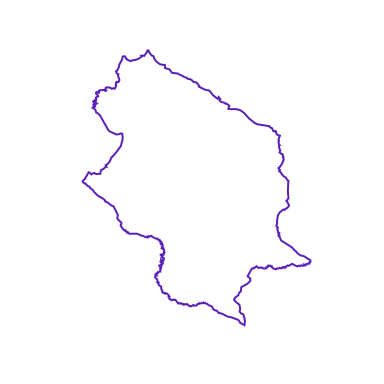 the district of Mueang Nakhon Ratchasima, Nakhon Ratchasima, Thailand, rotated 307°
{"feature_id": "78962969B83988834469907", "entity_name": "Mueang Nakhon Ratchasima", "entity_type": "district", "adm_level": 2, "iso_a3": "THA", "parent_name": "Thailand", "parent_adm1": "Nakhon Ratchasima", "projection": "natural_earth1", "projection_center": [102.052, 14.965], "detail": "fine", "context": "isolated", "style": "outline", "palette": "violet", "viewbox_px": 384, "rotation_deg": 307, "n_neighbors": 0, "source": "geoboundaries", "source_scale": "gbopen_adm2", "svg_char_len": 6022}
<svg xmlns="http://www.w3.org/2000/svg" viewBox="0 0 384 384"><g transform="rotate(307 192 192)"><path d="M278.0,71.2L275.4,71.9L271.8,71.9L271.7,70.9L270.2,69.4L269.8,70.3L266.4,69.2L263.2,67.2L260.9,64.8L259.6,64.3L258.6,60.2L259.1,59.7L259.0,58.4L260.1,57.2L259.4,55.8L258.3,55.2L255.8,56.4L250.0,57.3L247.2,58.6L243.7,59.1L242.7,58.6L241.5,60.4L241.7,62.3L240.4,62.9L237.7,66.7L235.9,67.1L234.9,66.7L234.8,65.6L233.3,65.6L232.0,66.6L231.4,66.7L231.2,67.5L228.8,68.1L227.9,68.0L227.6,66.6L226.5,66.3L226.0,65.7L226.2,64.8L225.5,62.6L224.6,61.7L224.4,61.0L223.1,60.4L221.7,61.1L221.6,62.3L220.6,62.2L220.5,60.1L218.3,58.0L218.1,57.3L216.7,56.7L215.4,58.0L214.9,57.5L214.7,55.9L213.5,55.5L212.6,56.6L212.6,58.3L212.1,59.5L209.6,58.4L208.5,59.8L207.3,59.1L206.5,59.6L205.4,58.6L204.7,58.7L204.6,59.4L206.6,60.6L205.1,61.6L205.3,62.7L203.8,62.0L204.0,61.2L202.9,60.5L202.3,60.7L201.8,61.6L202.6,62.3L202.0,63.2L201.1,62.3L200.5,62.8L199.7,61.8L199.3,62.0L199.7,63.7L199.4,65.5L197.8,67.7L198.1,68.9L198.0,72.0L191.0,88.1L190.9,89.6L192.3,96.7L193.5,98.3L196.2,100.1L196.5,101.2L193.6,104.1L191.8,105.1L185.9,107.5L177.7,107.6L172.1,107.2L171.6,106.8L166.4,108.0L163.3,107.7L161.5,106.9L160.7,108.4L160.5,107.8L157.9,107.6L154.6,106.2L151.3,107.8L148.6,104.4L148.3,102.3L145.5,101.0L145.9,98.4L145.6,97.6L137.3,98.6L136.6,98.2L134.5,98.3L134.0,100.6L134.6,101.5L134.0,105.4L134.5,106.9L133.9,108.5L133.9,111.9L133.1,113.6L132.4,119.1L133.2,124.9L132.9,127.9L132.2,128.4L132.9,131.4L132.7,135.9L133.4,137.8L129.2,146.4L126.0,148.2L125.5,149.6L125.0,154.1L124.0,154.8L122.2,155.1L120.5,160.6L121.5,162.0L120.7,162.5L121.2,164.6L120.6,164.7L121.2,165.6L120.8,166.2L121.2,167.5L125.3,172.7L126.4,175.7L126.5,177.3L127.6,179.7L127.9,182.0L128.4,182.9L128.9,182.8L129.1,183.8L130.4,183.7L130.3,184.7L131.1,184.8L132.6,186.0L132.3,187.5L132.8,190.0L133.5,192.7L134.0,192.8L133.5,193.8L134.2,194.9L133.7,195.2L133.9,196.6L133.2,197.6L132.9,197.3L132.8,197.9L133.3,198.3L133.1,198.9L132.4,199.1L132.3,198.4L131.7,198.3L131.7,199.0L132.4,199.4L131.9,199.9L132.1,200.3L131.8,200.8L130.3,201.6L129.9,201.2L129.6,202.3L128.8,202.0L128.8,202.5L129.8,203.1L128.6,205.0L127.3,205.5L127.2,206.4L126.2,206.3L125.3,207.0L124.2,205.9L124.3,206.6L124.0,206.8L123.3,206.1L123.9,205.3L122.9,205.0L122.7,206.4L121.7,207.0L122.3,207.6L121.5,208.9L122.1,209.2L121.7,209.8L120.0,210.4L119.7,209.7L118.9,209.4L119.1,208.3L118.6,208.7L117.6,208.5L117.3,209.1L117.9,209.3L117.7,209.9L118.2,210.5L117.6,210.7L117.7,211.6L116.6,211.8L116.0,211.0L115.1,211.1L113.8,210.2L113.7,210.8L114.6,211.3L114.5,211.9L113.6,211.5L113.3,212.2L112.8,211.6L112.2,213.1L111.1,213.1L110.9,213.8L109.7,214.0L109.4,214.5L108.5,213.6L107.2,213.3L106.7,212.1L106.6,213.5L105.0,212.8L104.8,212.3L104.1,212.5L104.0,214.0L103.1,213.2L101.7,213.7L101.0,217.2L99.6,218.6L99.0,218.5L98.9,219.3L99.6,219.8L97.6,221.5L97.9,224.2L95.9,226.0L95.3,227.7L94.2,228.4L94.1,229.8L94.6,230.0L94.8,230.9L94.6,231.8L95.6,232.2L95.8,234.2L95.0,236.7L94.3,236.3L93.8,236.7L93.7,237.9L92.9,238.6L93.4,239.9L93.3,240.9L94.6,241.5L94.9,242.7L95.4,242.8L95.9,243.7L94.7,248.1L95.3,248.5L95.3,249.2L96.7,250.0L96.5,251.5L97.2,252.3L97.0,252.7L97.5,252.9L97.3,253.5L98.3,254.1L98.5,255.1L99.6,255.5L99.3,258.9L100.0,259.4L100.2,260.2L101.9,260.7L102.2,261.5L102.5,261.4L102.5,262.2L103.0,262.4L103.5,263.4L104.7,264.1L105.5,263.8L106.7,264.7L106.9,264.4L107.7,264.7L108.2,266.0L109.3,266.7L110.0,268.1L110.5,267.9L110.4,268.4L111.3,269.3L111.3,270.5L111.8,271.5L111.6,273.8L112.2,274.9L112.5,277.2L111.2,279.3L111.4,281.8L112.1,283.4L111.4,286.2L112.3,287.5L113.2,290.7L113.6,294.4L115.6,298.9L117.5,305.1L117.6,307.1L116.5,309.1L117.2,314.0L120.6,312.1L122.8,309.9L123.4,308.6L124.3,308.0L125.2,306.2L124.5,303.9L125.3,301.9L128.1,300.5L130.5,297.6L130.7,292.2L131.4,290.3L133.7,290.0L137.3,291.1L139.4,290.4L142.2,290.7L145.6,288.6L152.1,291.5L156.1,292.1L157.9,290.6L158.2,287.1L167.0,285.9L168.4,287.4L169.3,287.2L169.7,287.8L171.6,288.4L171.3,290.8L173.5,292.7L173.5,293.8L173.9,294.1L173.7,294.5L174.7,296.3L175.8,297.3L176.6,296.6L178.1,297.7L178.9,297.1L179.6,297.7L179.8,298.8L180.3,299.0L180.1,300.1L180.5,300.1L180.7,300.7L180.0,301.2L179.9,303.4L180.9,305.7L182.0,305.7L182.9,307.2L184.1,307.6L184.7,309.2L185.7,309.8L186.3,309.6L186.4,310.1L187.1,310.4L187.0,311.1L187.7,311.1L187.9,312.0L188.6,312.3L189.7,312.0L191.0,312.7L191.4,313.8L194.9,315.2L195.7,320.4L197.8,322.2L197.7,322.7L199.3,323.4L199.8,325.0L200.7,325.2L200.9,325.7L201.5,325.1L202.0,326.7L202.5,326.4L203.3,326.7L203.5,327.3L204.4,327.4L205.3,328.8L206.4,328.2L206.5,328.6L207.5,328.7L208.7,327.6L208.1,320.0L206.7,316.7L206.5,314.3L207.9,304.8L206.9,292.5L209.1,288.5L209.1,287.6L210.1,287.8L210.4,286.3L211.7,286.5L211.8,284.7L214.3,282.0L215.2,282.0L215.5,279.9L218.9,278.5L219.0,277.9L224.7,274.8L228.1,274.3L232.9,275.5L233.4,276.7L234.2,276.6L236.7,277.7L239.6,277.8L241.6,273.8L241.7,272.7L245.0,272.9L249.8,268.5L259.1,262.1L258.8,261.4L260.0,258.3L259.7,255.7L260.3,252.7L261.0,251.7L261.1,249.0L262.5,249.0L262.8,246.9L263.3,246.6L264.0,247.0L267.9,247.0L273.1,245.8L274.1,244.0L275.2,243.9L275.4,243.0L276.7,241.4L276.2,240.5L276.3,238.0L278.3,237.5L280.0,234.6L281.5,233.7L282.2,233.9L282.5,232.7L284.3,230.6L285.2,230.8L286.0,229.5L289.9,228.3L289.2,226.7L289.1,224.8L291.0,222.4L290.5,221.4L289.9,221.3L289.6,220.4L291.1,217.5L290.6,215.3L291.1,214.1L285.6,203.8L284.8,200.9L285.1,192.9L286.5,186.1L286.4,181.8L285.7,179.4L284.3,176.7L281.0,172.5L280.3,170.9L283.4,169.9L283.3,166.1L282.8,165.9L282.6,163.6L281.7,161.6L281.4,159.8L281.9,158.7L283.2,158.7L283.8,156.2L282.5,156.6L281.8,156.3L282.0,150.5L283.4,144.8L281.4,140.3L280.3,134.2L281.1,134.0L282.1,129.8L280.8,126.7L281.2,125.1L281.0,122.6L279.8,120.5L280.0,118.7L279.1,116.5L279.0,114.1L278.3,111.8L278.1,109.4L275.1,104.2L276.4,100.3L274.8,96.0L277.2,93.8L275.8,92.0L274.7,89.1L274.7,85.8L275.5,82.1L276.4,81.1L277.3,79.3L276.8,77.7L277.4,75.0L278.5,72.7L278.0,72.8L278.3,71.6L278.0,71.2Z" fill="none" stroke="#5b21b6" stroke-width="2"/></g></svg>